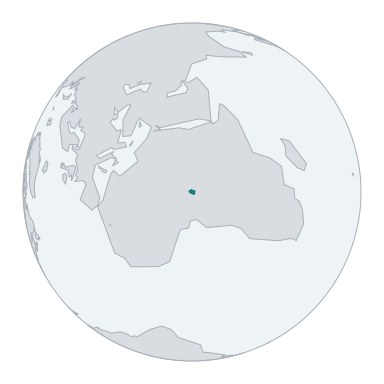 Mandoul highlighted on a globe, orthographic projection, rotated 296°
{"feature_id": "TCD-1488", "entity_name": "Mandoul", "entity_type": "Prefecture", "adm_level": 1, "iso_a3": "TCD", "parent_name": "Chad", "parent_adm1": "", "projection": "orthographic", "projection_center": [17.512, 8.727], "detail": "fine", "context": "on_globe", "style": "filled", "palette": "teal", "viewbox_px": 384, "rotation_deg": 296, "n_neighbors": 0, "source": "natural_earth", "source_scale": "10m", "svg_char_len": 8608}
<svg xmlns="http://www.w3.org/2000/svg" viewBox="0 0 384 384"><g transform="rotate(296 192 192)"><circle cx="192" cy="192" r="169" fill="#eef3f6" stroke="#a8b0b8"/><path d="M134.2,33.2L135.9,32.6L139.4,31.4L142.2,30.6L142.8,30.5L137.9,32.0L136.9,32.3L135.7,32.8L133.1,33.7L134.7,33.2L128.7,35.5L135.4,33.2L131.2,35.0L127.1,36.6L126.6,36.4L120.8,38.8L134.2,33.2ZM99.8,50.4L96.9,52.5L92.4,55.6L87.0,59.8L89.9,57.7L95.1,53.9L99.1,51.7L105.0,47.7L107.4,46.5L113.9,42.9L113.9,43.7L110.3,46.5L105.0,49.7L103.3,51.2L109.2,48.6L100.0,55.6L95.2,62.6L92.7,64.7L86.5,67.2L84.5,65.4L76.4,70.6L82.6,67.7L76.3,73.9L75.6,75.3L76.5,75.5L79.3,73.5L77.3,75.9L70.5,79.3L72.2,77.0L74.3,75.8L73.3,75.3L68.7,78.5L65.8,81.9L61.8,84.7L59.7,87.4L57.7,89.8L61.3,85.2L54.8,93.7L52.2,97.2L60.1,86.4L68.9,76.2L78.5,66.8L88.8,58.2L99.8,50.4ZM26.4,158.3L27.0,156.4L25.2,166.0L27.0,157.9L26.4,163.3L28.8,165.6L28.2,167.6L29.9,181.4L34.9,189.0L36.0,196.8L35.1,200.9L37.5,203.1L37.6,206.0L49.7,214.1L58.1,223.4L59.4,233.5L55.2,243.6L58.4,266.8L52.9,272.0L56.2,281.1L59.9,293.1L56.0,290.3L61.9,297.8L63.7,301.1L62.4,300.2L66.4,304.9L65.7,304.3L58.1,295.0L51.1,285.2L44.8,274.9L39.2,264.2L34.5,253.1L30.5,241.7L27.4,230.1L25.1,218.3L23.6,206.3L23.1,194.3L23.3,182.2L24.5,170.2L26.4,158.3ZM66.5,305.2L69.1,307.9L70.1,309.0L66.5,305.2ZM34.6,130.6L33.6,133.4L33.6,133.2L34.6,130.6ZM113.5,42.9L112.4,43.5L113.5,42.9ZM116.1,41.4L114.4,42.1L115.4,41.6L116.4,41.1L116.1,41.4ZM117.9,40.7L117.4,40.5L119.2,39.6L124.5,37.3L117.9,40.7ZM138.5,31.7L136.6,32.4L137.0,32.2L138.5,31.7ZM148.8,28.7L149.1,28.6L147.4,29.1L143.5,30.2L143.8,30.1L146.6,29.3L148.8,28.7ZM146.6,29.3L149.2,28.7L147.3,29.4L143.6,30.2L146.6,29.3ZM142.2,31.9L142.4,31.5L145.1,30.7L142.2,31.9ZM150.3,28.5L150.9,28.3L152.0,28.0L153.3,27.8L150.3,28.5ZM158.4,26.4L160.8,26.0L161.2,25.9L156.6,26.8L157.2,26.7L158.4,26.4ZM157.8,26.8L151.8,28.4L150.8,29.2L148.4,29.9L150.5,28.5L157.8,26.8ZM157.5,26.7L157.1,26.9L154.4,27.4L152.9,27.7L157.5,26.7ZM158.0,26.9L159.5,26.6L158.3,26.9L158.0,26.9ZM164.1,25.4L163.6,25.5L164.9,25.2L164.1,25.4ZM162.7,26.0L160.8,26.4L159.7,26.5L162.7,26.0ZM163.8,25.6L165.7,25.3L160.5,26.2L163.4,25.6L163.8,25.6ZM165.4,25.2L166.0,25.1L165.4,25.2L165.4,25.2ZM167.9,25.6L161.6,26.8L159.2,26.9L165.7,25.7L167.9,25.6ZM89.6,326.4L89.0,325.8L90.4,326.8L91.1,327.5L89.6,326.4ZM349.0,129.5L350.2,132.7L348.9,129.8L351.0,136.2L356.3,152.4L357.4,157.5L358.9,168.1L358.3,164.3L355.0,156.5L357.0,168.8L359.6,177.9L360.6,189.7L359.8,186.7L358.5,176.5L357.3,173.4L355.7,162.7L351.0,147.8L350.0,151.5L348.3,145.4L341.7,133.9L339.2,139.2L336.5,157.5L339.2,173.7L337.0,181.5L326.7,159.8L321.1,144.8L318.0,146.9L306.9,135.5L289.6,137.2L286.6,133.5L283.4,135.8L275.5,132.7L270.7,126.8L266.2,127.7L278.9,143.4L283.7,142.6L286.9,135.6L289.6,141.5L297.2,146.1L290.8,161.9L264.2,178.0L260.7,166.0L235.9,135.1L236.1,131.4L236.0,131.1L235.6,130.3L234.3,136.3L229.7,130.4L243.9,151.9L246.7,161.5L263.8,178.7L262.4,180.7L267.7,184.2L283.4,178.1L283.7,182.2L276.8,201.8L254.2,229.4L256.8,246.4L254.3,261.1L239.2,271.6L239.5,282.5L231.6,286.8L230.4,293.0L223.4,299.8L212.2,306.3L194.1,306.9L193.8,301.5L186.0,290.9L175.4,264.3L180.8,251.8L179.5,242.1L166.4,220.6L169.3,208.4L165.6,203.3L158.1,204.6L153.7,198.6L149.0,198.4L119.5,202.4L110.1,194.3L98.0,169.8L103.0,160.4L103.2,149.4L137.5,113.5L145.5,115.5L173.3,110.9L176.9,112.1L174.5,120.3L196.0,130.0L202.0,122.9L220.7,127.9L232.6,127.2L235.3,111.8L215.8,112.5L211.6,105.4L226.6,98.5L243.5,98.8L242.4,96.1L231.1,90.5L234.2,85.5L227.0,88.2L230.5,90.8L226.0,92.8L222.6,90.7L223.9,88.8L218.6,87.8L214.0,97.6L217.0,101.3L203.5,103.6L207.2,110.1L203.8,113.4L196.3,103.6L196.5,100.0L183.0,90.2L181.6,94.1L194.2,103.9L190.6,103.2L188.7,109.4L187.3,104.2L173.9,93.3L161.3,96.1L146.4,111.6L138.8,113.1L131.9,110.2L136.1,94.8L152.7,93.4L154.4,88.7L150.0,82.2L155.4,82.6L155.7,80.1L161.8,79.6L169.5,73.5L175.6,72.7L177.7,65.5L181.1,64.4L178.9,68.8L180.6,71.8L195.7,71.1L198.3,69.5L198.5,65.1L202.6,65.8L200.8,61.6L209.0,59.9L197.5,58.8L197.3,54.5L201.8,51.2L199.6,49.8L192.5,55.3L191.4,57.8L193.9,60.0L189.3,67.7L184.3,69.1L181.3,61.1L173.9,62.5L174.8,56.3L193.7,44.1L202.1,42.0L217.9,46.8L216.5,49.2L210.1,48.5L216.9,52.7L215.9,50.6L219.3,51.5L220.1,48.2L222.5,48.7L219.0,45.0L222.1,45.2L224.3,47.5L228.0,43.7L234.2,43.9L233.8,42.8L231.7,41.7L241.0,43.1L240.3,42.3L237.0,41.5L233.6,39.5L231.1,36.8L234.4,37.4L235.8,38.5L243.6,42.0L246.7,45.1L247.9,45.2L246.0,42.6L236.4,38.3L233.9,36.5L238.7,38.2L236.8,37.5L236.6,36.8L239.6,36.9L234.4,35.0L227.9,29.1L233.0,29.3L238.0,31.1L237.1,29.4L242.9,30.9L239.8,30.0L238.9,29.7L250.1,33.4L261.1,37.8L271.7,43.0L281.9,49.0L291.7,55.6L301.0,62.9L309.8,70.9L318.0,79.4L325.6,88.5L332.5,98.1L338.7,108.2L344.2,118.7L349.0,129.5ZM126.7,131.6L126.0,134.8L126.7,131.6ZM262.3,107.4L271.9,107.5L266.0,98.5L269.2,98.0L266.0,95.3L265.5,97.9L257.6,90.8L261.1,88.1L259.1,84.4L255.8,84.3L250.6,90.7L262.0,100.5L260.5,104.4L262.3,107.4ZM29.0,165.5L29.0,167.7L28.5,167.4L29.0,165.5ZM32.5,141.2L32.7,142.7L31.9,142.8L32.5,141.2ZM33.2,134.8L32.3,140.5L31.0,142.0L31.7,138.6L31.9,138.6L33.2,134.8ZM76.7,73.6L77.2,73.5L77.5,74.2L76.2,74.9L76.7,73.6ZM86.0,72.3L82.6,76.4L84.1,73.8L81.6,75.2L81.7,72.0L91.5,65.6L87.0,68.9L86.0,72.3ZM84.4,66.5L83.3,68.9L84.2,66.6L84.4,66.5ZM151.0,68.3L153.4,69.6L151.5,72.5L143.8,74.8L146.5,70.5L151.0,68.3ZM157.3,71.0L156.4,63.2L161.2,61.9L158.7,63.9L161.9,63.8L158.7,67.0L164.1,74.0L162.8,77.1L149.2,78.9L154.4,76.4L151.7,75.0L157.3,71.0ZM145.8,50.0L145.5,47.8L156.2,47.6L155.3,49.7L147.5,51.8L144.1,50.5L145.8,50.0ZM127.3,37.3L126.5,37.4L127.8,36.8L129.6,36.3L127.3,37.3ZM142.1,31.8L132.2,36.8L130.8,37.0L126.7,40.3L121.4,42.3L124.2,39.9L117.0,44.2L117.4,43.0L113.0,46.0L119.8,40.6L119.9,40.0L121.8,39.8L126.8,37.9L128.9,36.9L135.0,33.9L137.6,32.3L142.9,30.6L146.0,29.8L146.1,30.0L142.6,30.9L145.4,30.4L140.5,32.0L142.1,31.8ZM178.7,28.9L174.6,28.8L179.3,30.3L174.4,30.9L175.3,31.1L172.1,32.2L169.6,34.0L167.3,34.1L167.4,34.8L165.2,35.7L164.6,36.8L160.1,37.6L158.9,39.0L157.5,38.6L156.6,41.0L155.3,39.7L152.4,41.1L155.2,41.6L132.9,45.8L124.6,49.4L118.4,53.4L117.0,51.3L121.9,46.4L129.9,41.2L138.1,38.4L136.0,38.2L139.2,36.9L139.6,37.6L141.1,35.8L143.8,35.0L151.0,31.8L151.4,30.3L154.0,29.4L155.3,29.6L157.0,28.5L161.1,28.4L163.1,27.8L169.1,27.4L170.4,28.5L172.5,27.8L177.1,27.7L178.7,28.9ZM169.5,25.5L172.1,26.1L170.7,27.0L160.8,27.5L158.4,28.1L152.0,29.0L154.2,27.9L155.8,27.7L157.9,27.2L156.4,27.7L159.2,27.0L161.5,26.8L164.3,26.3L164.4,26.6L169.5,25.5ZM180.6,109.0L183.2,109.3L187.4,108.8L186.3,112.9L180.6,109.0ZM171.3,101.7L173.6,101.1L174.1,106.2L171.3,106.1L171.3,101.7ZM174.5,96.6L173.7,100.6L172.5,98.4L174.5,96.6ZM181.1,68.2L183.6,67.6L184.0,68.6L182.8,70.2L181.1,68.2ZM191.7,35.3L189.6,34.6L190.2,34.2L188.3,32.3L191.7,31.9L194.3,33.0L191.7,35.3ZM232.3,114.5L229.1,117.6L227.2,116.2L228.7,115.4L232.3,114.5ZM206.8,115.2L212.8,117.0L206.4,116.4L206.8,115.2ZM195.2,34.5L194.0,33.7L196.5,34.1L195.2,34.5ZM194.2,31.6L197.0,31.9L191.9,31.7L194.2,31.6ZM279.3,327.9L279.0,329.4L277.1,329.9L279.3,327.9ZM280.7,256.6L267.6,282.6L260.4,283.3L260.0,276.1L265.5,260.6L274.2,255.5L278.8,248.2L280.7,256.6ZM359.6,213.4L359.6,212.9L360.0,209.8L359.6,213.4ZM360.0,209.8L359.8,202.9L356.4,181.5L357.7,181.2L360.6,193.3L360.5,195.9L360.7,201.5L360.0,209.8ZM339.9,175.1L343.1,184.3L341.5,186.3L339.9,175.1ZM350.8,134.4L351.9,137.3L352.2,138.5L351.4,136.1L350.5,133.4L350.8,134.4ZM223.1,33.7L222.0,36.5L223.4,39.0L227.9,40.8L221.1,39.7L218.9,35.8L223.1,33.7ZM227.0,29.4L223.1,28.3L225.0,28.4L226.2,28.7L227.0,29.4ZM224.5,29.0L219.2,28.6L217.2,27.7L221.7,28.2L224.5,29.0ZM207.3,30.6L206.7,31.4L204.7,31.0L207.3,30.6ZM225.9,26.5L229.4,27.3L227.5,26.9L225.6,26.4L225.9,26.5Z" fill="#d9dde1" stroke="#a8b0b8" stroke-width="1"/><path d="M193.9,194.1L193.6,194.1L193.4,194.2L193.1,194.2L193.0,194.3L192.9,194.3L192.5,194.2L192.4,194.2L192.3,194.3L192.2,194.3L191.9,194.4L191.9,194.5L191.7,194.4L191.7,194.5L191.2,194.7L190.8,193.8L190.7,193.8L190.7,193.7L190.8,193.7L191.0,193.7L191.2,193.4L190.6,192.3L190.6,192.2L190.8,192.0L190.8,191.9L190.9,191.2L191.0,190.8L191.1,190.7L190.7,190.5L190.7,190.4L191.1,190.1L191.1,189.9L191.1,189.7L191.2,189.4L191.3,189.4L191.5,189.4L191.8,189.3L192.0,189.4L192.1,189.5L192.3,189.7L192.3,189.9L192.6,189.9L192.7,190.0L192.8,190.2L192.8,190.3L193.0,190.4L193.2,190.5L193.4,190.6L193.6,190.6L193.8,190.6L193.9,190.8L193.8,191.0L193.7,191.1L193.4,191.2L193.3,191.5L193.2,191.6L193.3,191.7L193.5,191.8L193.5,192.0L193.4,192.1L193.5,192.3L193.6,192.5L193.7,192.8L193.8,193.0L193.8,193.3L193.8,193.5L193.9,193.9L193.9,194.1Z" fill="#14b8a6" stroke="#0f766e" stroke-width="1.5"/></g></svg>